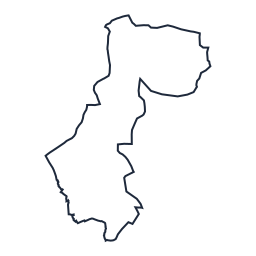 outline of Danja, Katsina, Nigeria, rotated 90°
{"feature_id": "59680162B42687104490462", "entity_name": "Danja", "entity_type": "district", "adm_level": 2, "iso_a3": "NGA", "parent_name": "Nigeria", "parent_adm1": "Katsina", "projection": "mercator", "projection_center": [7.63, 11.408], "detail": "fine", "context": "isolated", "style": "outline", "palette": "slate", "viewbox_px": 256, "rotation_deg": 90, "n_neighbors": 0, "source": "geoboundaries", "source_scale": "gbopen_adm2", "svg_char_len": 4561}
<svg xmlns="http://www.w3.org/2000/svg" viewBox="0 0 256 256"><g transform="rotate(90 128 128)"><path d="M240.6,150.2L240.4,149.8L239.9,149.1L240.0,148.9L240.2,148.4L240.4,147.0L240.6,145.5L240.5,143.9L240.2,142.3L239.6,141.4L239.2,140.4L237.3,139.4L234.3,138.1L229.0,134.0L222.2,127.6L223.9,123.5L214.0,117.2L211.2,118.5L208.6,119.9L207.3,120.6L207.5,118.3L207.6,114.6L207.8,113.9L204.4,115.2L203.9,115.4L203.6,115.6L198.8,119.2L191.5,129.6L177.8,131.8L176.1,130.6L171.9,122.3L170.9,122.9L166.2,124.7L159.8,128.3L156.9,130.6L154.4,133.4L153.0,136.2L150.7,138.2L144.4,138.1L143.8,131.9L144.0,124.2L134.4,124.3L130.0,124.0L123.0,121.0L118.5,119.0L116.8,115.9L115.6,113.7L114.5,112.4L111.5,111.0L106.8,111.2L103.2,111.6L100.4,112.1L97.2,115.4L96.1,116.8L90.6,117.4L81.3,116.3L78.9,115.8L90.9,105.0L94.3,94.1L96.4,78.3L94.6,68.6L92.1,62.4L88.2,60.0L87.5,59.6L87.4,59.4L87.2,59.3L87.1,59.2L86.8,59.1L86.6,59.1L86.4,59.2L86.1,59.3L85.9,59.4L85.5,59.6L84.2,59.6L80.9,58.9L78.5,56.7L72.9,54.9L70.4,50.2L66.2,45.6L63.6,46.5L61.5,46.8L60.4,48.3L57.3,48.5L54.1,48.8L52.1,48.9L47.6,47.7L47.6,52.8L45.1,56.1L36.8,56.5L35.2,56.3L34.0,56.2L33.3,56.2L31.8,62.2L31.4,65.3L29.3,74.9L26.6,83.0L25.3,88.3L27.9,98.9L27.6,105.0L25.3,107.5L25.2,112.6L25.8,120.2L24.0,122.0L22.7,123.7L15.4,127.4L15.5,128.2L16.0,131.0L16.6,133.4L17.9,137.0L18.4,138.9L20.7,144.2L23.2,146.1L24.4,149.0L25.2,150.1L26.9,150.9L28.3,148.1L31.6,146.2L36.1,147.8L36.6,147.8L41.8,148.0L43.6,148.1L46.9,148.5L49.2,148.6L50.1,148.3L52.8,148.0L56.8,147.4L61.1,146.8L65.1,146.0L72.9,146.4L73.0,146.4L75.8,147.4L78.6,152.1L78.7,152.5L82.0,158.5L85.9,161.8L89.9,162.2L92.8,161.0L94.3,159.9L95.4,159.2L98.4,158.3L104.1,156.1L105.1,161.0L104.9,165.0L105.0,168.9L105.4,168.9L106.9,169.0L109.8,169.7L112.3,171.3L114.2,172.2L114.8,172.5L118.5,173.1L122.3,174.4L125.2,176.9L128.9,179.3L133.6,180.4L135.9,181.8L138.1,184.0L140.9,189.4L142.9,191.7L147.3,198.2L151.0,203.8L152.5,206.1L154.5,208.8L155.8,210.4L162.4,206.8L167.9,203.3L168.6,203.0L169.8,202.4L171.9,201.6L174.4,200.7L176.2,200.1L179.8,199.4L179.9,199.2L180.0,198.9L180.1,198.6L180.6,198.6L180.9,198.6L181.3,198.4L181.0,198.3L180.9,198.1L181.3,197.9L181.5,197.8L182.0,197.6L182.3,197.6L182.5,197.8L182.6,198.0L182.9,198.1L183.2,198.2L184.0,198.1L184.4,197.7L184.6,197.5L184.9,197.6L185.1,197.6L185.5,197.5L185.8,197.5L185.8,197.3L186.1,197.1L187.2,196.7L187.3,196.3L187.5,196.1L188.2,195.6L188.7,195.3L189.3,194.9L189.3,194.6L189.2,194.1L189.2,193.9L189.3,193.8L189.3,193.6L189.5,193.3L191.8,194.9L192.1,195.2L192.4,194.7L192.5,194.7L192.7,194.1L192.9,193.7L193.5,193.0L193.7,192.7L193.9,192.6L194.0,192.6L194.8,191.4L195.2,190.9L195.4,190.6L195.7,190.2L195.8,190.0L196.0,189.6L196.4,189.4L196.8,189.4L197.0,189.5L197.3,189.6L197.6,189.7L197.8,189.7L198.1,189.7L198.2,189.8L198.4,189.8L198.6,189.8L198.9,189.8L199.0,189.8L199.3,189.7L199.8,189.6L200.1,189.6L200.4,189.4L200.8,189.4L201.3,189.5L201.2,189.1L201.1,188.8L201.0,188.6L200.9,188.4L200.8,188.0L200.7,187.8L200.5,187.7L200.8,187.5L201.0,187.6L201.3,187.8L201.6,187.6L202.1,187.5L202.3,187.5L202.6,187.4L202.7,187.6L202.9,187.7L203.1,187.7L203.3,187.7L203.8,187.8L204.1,187.8L204.3,187.9L204.6,188.0L214.3,187.3L214.4,185.7L214.7,185.2L214.8,184.8L214.8,184.4L214.8,183.7L214.7,183.1L214.5,182.4L214.8,182.4L215.0,182.3L215.2,182.8L215.3,183.3L215.5,183.7L215.6,183.8L215.9,183.8L216.3,183.6L216.6,183.5L216.9,183.5L217.2,183.4L217.6,183.3L217.9,183.1L218.0,182.9L218.3,182.7L218.9,182.2L219.4,182.5L219.6,182.5L219.9,182.5L220.1,182.3L220.1,182.1L220.6,181.8L221.7,180.4L220.8,179.8L221.7,179.2L222.5,178.7L223.1,178.3L223.2,178.2L222.0,175.6L220.9,172.9L220.4,171.5L220.5,171.4L221.3,171.1L219.8,167.7L219.2,166.5L218.5,164.1L218.7,162.9L219.3,161.5L220.1,159.3L220.6,158.0L221.0,156.2L221.3,155.2L221.1,154.3L222.2,152.3L222.3,152.0L222.4,151.8L222.5,151.6L222.8,151.2L223.1,150.9L223.5,150.8L224.0,150.7L224.4,150.7L224.9,150.6L225.8,150.5L226.1,150.4L226.3,150.5L226.5,150.5L226.7,150.4L226.9,150.5L227.1,150.5L227.5,150.4L227.9,150.2L228.3,150.0L228.5,150.0L228.9,150.3L229.0,150.3L229.6,150.4L229.9,150.6L230.5,150.7L231.2,150.7L231.6,150.7L231.8,150.7L232.2,151.0L232.4,151.2L232.7,151.2L232.9,151.3L233.0,151.4L233.1,151.6L233.6,151.7L234.0,151.7L234.9,151.7L235.0,151.8L235.1,152.0L235.3,152.1L235.8,151.9L236.1,151.9L236.4,151.8L236.8,151.7L237.0,151.7L237.3,151.6L237.6,151.5L237.8,151.4L238.1,151.3L238.4,151.3L238.5,151.2L238.8,151.1L239.1,150.9L239.4,150.8L239.7,150.6L239.9,150.5L240.1,150.4L240.4,150.3L240.5,150.2L240.6,150.2Z" fill="none" stroke="#1e293b" stroke-width="2"/></g></svg>